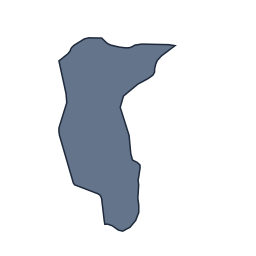 outline of Westmoreland, rotated 254°
{"feature_id": "JAM-1376", "entity_name": "Westmoreland", "entity_type": "Parish", "adm_level": 1, "iso_a3": "JAM", "parent_name": "Jamaica", "parent_adm1": "", "projection": "natural_earth1", "projection_center": [-78.09, 18.195], "detail": "fine", "context": "isolated", "style": "filled", "palette": "slate", "viewbox_px": 256, "rotation_deg": 254, "n_neighbors": 0, "source": "natural_earth", "source_scale": "10m", "svg_char_len": 914}
<svg xmlns="http://www.w3.org/2000/svg" viewBox="0 0 256 256"><g transform="rotate(254 128 128)"><path d="M194.2,195.9L188.1,180.0L184.9,174.8L181.5,172.1L177.5,169.9L174.3,168.9L171.9,166.4L169.9,160.7L167.5,149.6L160.0,132.5L150.0,126.2L120.6,127.0L102.6,123.6L96.0,123.5L92.3,127.4L89.2,129.3L86.5,128.7L76.7,124.2L75.7,123.5L70.1,122.5L57.8,118.1L50.9,117.1L43.9,115.1L37.1,110.0L32.1,102.7L30.3,94.5L32.5,90.6L38.4,85.9L41.2,81.9L41.8,79.2L45.4,79.6L66.9,83.1L69.1,83.1L71.2,82.6L73.1,80.9L88.1,61.0L90.4,60.3L140.0,60.1L143.7,60.6L147.2,61.7L169.2,76.1L178.0,77.9L211.5,80.1L215.9,90.7L218.2,93.8L219.2,94.4L220.0,95.1L220.7,95.9L221.3,96.8L222.5,99.2L225.7,110.6L225.5,115.1L221.7,127.5L215.7,130.9L214.3,132.2L212.5,134.2L208.1,142.1L205.6,148.1L204.9,151.0L204.8,152.4L204.9,153.7L205.4,156.2L205.8,157.3L204.9,164.3L197.0,189.8L194.2,195.9Z" fill="#64748b" stroke="#1e293b" stroke-width="1.5"/></g></svg>